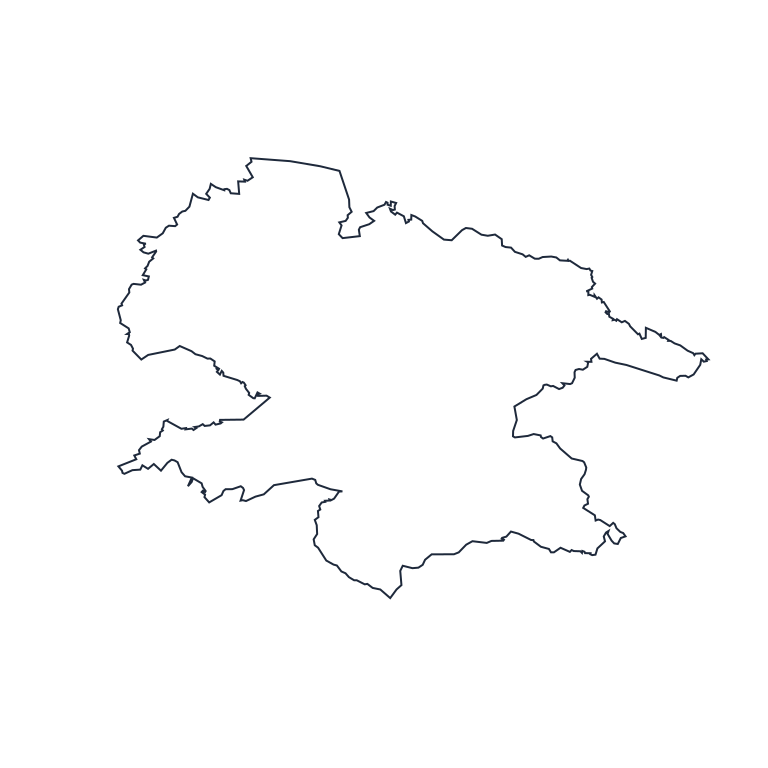 outline of Concepción de Buenos Aires, Jalisco, Mexico, rotated 295°
{"feature_id": "50627088B63447135743237", "entity_name": "Concepción de Buenos Aires", "entity_type": "district", "adm_level": 2, "iso_a3": "MEX", "parent_name": "Mexico", "parent_adm1": "Jalisco", "projection": "equal_earth", "projection_center": [-103.238, 19.979], "detail": "fine", "context": "isolated", "style": "outline", "palette": "slate", "viewbox_px": 768, "rotation_deg": 295, "n_neighbors": 0, "source": "geoboundaries", "source_scale": "gbopen_adm2", "svg_char_len": 6166}
<svg xmlns="http://www.w3.org/2000/svg" viewBox="0 0 768 768"><g transform="rotate(295 384 384)"><path d="M194.1,433.9L193.5,439.9L194.6,442.3L194.3,451.2L195.8,453.4L194.4,459.9L196.2,467.5L192.6,480.1L203.1,482.2L209.1,484.8L221.5,477.7L227.2,477.8L229.1,487.6L232.1,492.8L236.5,495.5L242.1,495.5L249.8,499.2L259.2,519.3L263.0,522.9L273.1,526.4L278.9,530.6L283.4,544.3L287.2,547.7L292.4,558.3L293.5,558.5L293.6,556.0L294.5,556.1L297.4,559.4L303.9,561.4L305.2,569.2L304.8,583.3L305.7,585.4L304.6,586.4L302.8,595.0L304.2,603.2L302.0,606.5L303.2,609.1L310.2,613.2L310.4,623.4L312.8,624.2L312.8,626.6L315.4,632.7L314.6,634.8L316.5,634.3L316.7,636.6L315.7,637.7L317.9,642.7L316.9,642.9L316.9,645.0L318.7,647.8L325.2,646.9L334.8,650.8L338.7,647.6L343.2,648.0L345.7,649.6L342.7,649.9L338.2,656.5L336.8,660.0L337.8,663.5L344.5,663.7L348.0,667.3L350.0,663.8L349.8,660.7L351.5,655.7L354.5,652.4L355.0,650.4L350.6,648.6L352.1,637.5L351.6,635.3L349.7,633.5L354.1,630.6L355.9,616.9L358.6,617.0L361.7,619.5L365.6,617.0L368.4,617.3L369.4,616.2L370.9,608.6L375.6,604.0L381.2,602.8L387.0,603.9L391.6,603.3L393.8,602.6L397.6,598.5L398.1,596.5L395.8,585.6L400.0,570.9L403.1,565.3L403.3,561.1L406.7,559.0L407.1,556.8L401.8,551.2L402.3,548.7L403.6,547.7L401.9,540.8L397.8,536.4L390.9,525.2L391.1,523.0L396.0,520.9L407.5,519.6L418.7,511.7L430.4,519.5L438.5,526.8L446.9,529.8L450.1,529.1L451.1,529.9L452.3,531.8L452.4,536.2L453.7,538.1L453.4,544.8L456.1,547.5L458.9,548.2L460.1,545.3L462.6,552.7L464.2,554.1L470.3,554.2L475.2,551.7L477.7,551.7L480.0,554.4L481.0,558.2L485.5,561.0L489.9,559.9L490.0,558.7L491.8,562.6L494.3,561.0L501.4,564.2L498.1,568.7L499.9,573.1L501.1,584.6L503.7,595.7L508.1,630.0L508.0,634.3L510.7,647.8L513.6,647.2L516.5,649.0L518.9,653.8L518.6,657.0L523.5,660.6L535.0,662.5L540.5,661.1L539.4,664.4L541.2,666.8L542.3,665.7L543.4,667.6L546.5,659.8L543.1,653.5L541.3,653.1L542.6,651.2L542.5,645.1L544.2,636.2L543.6,630.2L544.2,625.6L543.2,623.3L544.2,623.3L544.9,618.1L543.9,617.8L543.3,615.7L544.6,613.2L545.2,614.6L546.3,613.9L544.8,612.8L545.9,608.0L545.6,597.6L536.4,601.7L533.8,598.6L537.6,594.2L536.4,593.2L540.3,582.7L542.0,580.6L543.0,575.7L540.4,573.4L541.2,567.8L539.5,567.8L539.7,565.8L538.5,564.3L539.9,564.0L540.2,559.8L542.4,558.3L541.8,556.8L542.6,554.5L543.8,554.5L544.3,557.8L545.2,558.0L551.2,548.5L550.0,547.0L552.5,545.5L553.2,541.8L551.3,541.0L553.5,537.2L552.0,537.8L551.8,532.8L550.9,531.6L554.3,530.1L553.5,528.2L558.5,532.4L559.7,531.4L564.2,532.9L565.0,530.2L568.0,527.3L569.0,527.6L570.4,525.6L574.4,525.0L574.1,523.2L575.4,521.3L573.8,519.1L572.4,513.6L574.3,500.4L573.5,499.2L574.3,498.2L573.1,498.0L570.4,491.2L571.5,486.7L570.2,481.7L566.1,474.1L562.9,471.3L561.3,467.7L562.0,461.2L559.1,458.7L560.1,454.8L559.1,446.8L561.3,441.5L559.5,436.3L559.4,432.5L565.0,429.5L566.4,421.5L562.2,415.4L560.5,409.2L561.9,398.2L560.0,392.3L556.4,389.7L542.9,384.6L540.2,377.3L542.8,363.3L546.2,351.4L548.0,349.7L549.0,341.5L548.7,337.4L544.5,339.2L543.1,336.8L541.8,337.9L539.1,335.9L544.4,331.1L544.8,323.3L542.2,322.6L543.3,317.4L545.4,315.3L545.4,318.6L546.7,320.1L549.8,318.4L553.2,318.5L552.3,313.1L548.4,314.8L548.0,311.5L549.8,310.6L549.8,308.9L546.7,308.7L541.1,303.3L536.3,301.5L531.5,295.6L528.8,300.5L527.7,306.1L522.6,303.1L516.0,296.1L513.2,296.0L507.8,299.6L498.7,284.8L500.7,279.7L509.8,278.5L511.6,275.2L515.6,280.3L519.4,281.0L521.6,279.7L526.4,281.9L529.6,277.9L536.4,274.4L558.3,253.6L554.4,234.2L546.3,204.8L532.3,167.7L529.4,170.0L523.4,167.0L515.9,177.7L510.5,174.4L510.1,171.0L508.6,172.4L506.0,166.2L495.1,172.4L492.1,164.5L494.4,161.9L494.5,159.2L493.1,157.0L492.1,157.4L491.3,148.4L492.2,142.5L487.2,143.5L481.2,142.5L479.3,147.4L476.6,147.2L474.5,136.4L475.7,130.4L462.5,132.7L457.0,130.8L455.1,128.3L451.5,126.4L448.3,126.2L445.8,123.4L441.1,129.1L438.8,128.0L436.6,122.2L433.4,120.2L427.1,119.8L420.7,116.2L416.6,103.3L410.2,100.4L409.1,103.3L410.5,108.9L409.1,107.2L407.0,109.1L402.7,106.5L401.7,110.4L402.5,115.3L408.5,121.0L407.8,121.5L400.8,120.3L400.3,121.8L395.6,119.5L391.1,119.8L387.8,118.6L387.5,120.1L380.7,119.4L382.1,125.4L378.7,126.1L377.2,124.6L376.9,122.3L375.0,124.6L371.3,121.8L368.9,114.7L367.4,113.3L362.2,112.8L359.3,114.5L345.9,112.1L344.6,113.4L341.9,110.9L339.3,111.2L330.5,118.5L327.8,119.1L326.5,129.1L323.5,131.7L320.7,130.0L321.4,131.8L320.2,132.6L313.1,133.6L312.5,138.2L309.9,141.6L308.0,142.0L303.6,153.7L310.7,158.0L326.8,179.8L332.1,182.8L332.4,195.7L331.3,200.5L332.5,207.4L332.4,213.2L333.7,215.9L332.9,221.0L328.8,222.4L328.0,229.0L328.0,225.8L327.1,225.7L326.4,227.9L324.4,227.4L323.2,231.3L327.3,231.4L326.4,233.5L323.6,235.1L325.6,249.3L325.6,252.3L324.3,254.2L326.0,254.9L326.0,256.4L324.4,259.1L323.2,258.7L321.3,260.9L318.9,265.6L317.0,265.9L315.9,271.5L316.4,272.9L322.9,272.9L322.7,275.3L321.1,273.7L319.9,273.5L319.9,274.7L323.8,282.5L323.4,286.2L292.4,271.8L282.2,250.6L280.6,251.0L280.7,253.3L279.2,252.6L276.0,248.5L277.2,245.8L273.0,243.8L270.2,239.2L271.0,236.7L267.3,234.1L265.0,230.6L264.7,232.5L261.8,230.8L262.4,228.7L259.0,223.3L260.3,223.1L257.8,219.3L258.9,202.9L259.8,202.9L256.9,200.3L252.0,202.1L249.1,201.8L248.4,203.2L245.7,201.5L241.9,202.8L236.3,199.7L234.7,194.3L233.3,197.1L224.9,190.9L220.5,189.9L217.7,192.1L213.7,187.9L211.1,191.3L197.1,178.1L194.7,183.2L192.9,184.6L192.9,186.7L199.6,192.4L203.4,199.3L208.2,199.4L207.4,206.0L214.2,209.2L211.2,218.5L221.0,221.0L225.6,223.5L226.2,226.4L225.9,230.0L218.5,237.8L216.3,242.7L218.0,249.4L208.5,249.5L213.9,251.1L217.9,250.7L216.9,260.7L214.1,263.1L211.6,267.6L210.5,267.5L210.7,264.9L209.0,264.4L208.1,268.6L205.6,269.1L202.8,275.6L214.6,283.8L219.2,283.7L221.7,284.9L224.6,291.0L230.8,297.4L230.2,300.2L228.7,302.0L217.7,303.3L219.0,305.1L219.6,308.4L227.6,315.1L233.2,321.7L245.8,327.0L267.8,358.7L268.0,362.2L265.3,364.6L264.7,366.7L266.0,380.0L269.1,391.7L267.5,388.7L259.0,387.2L256.6,385.4L256.3,383.4L255.5,384.2L253.2,379.8L252.4,380.6L250.3,377.6L246.0,376.8L243.3,379.3L241.0,377.8L235.6,380.9L231.6,378.7L227.6,382.7L219.8,386.8L213.5,385.9L208.6,389.4L207.8,393.4L199.6,406.3L199.0,414.6L199.6,418.0L196.1,424.6L196.2,429.1L194.1,433.9Z" fill="none" stroke="#1e293b" stroke-width="2"/></g></svg>